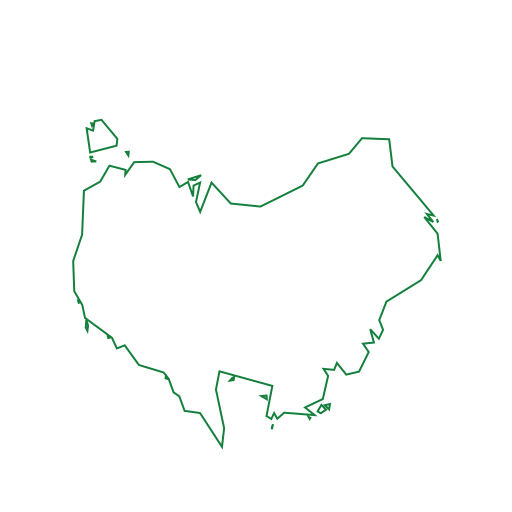 the border of Australia, rotated 164°
{"feature_id": "AUS", "entity_name": "Australia", "entity_type": "country or territory", "adm_level": 0, "iso_a3": "AUS", "parent_name": "Oceania", "parent_adm1": "", "projection": "robinson", "projection_center": [137.073, -32.4], "detail": "medium", "context": "isolated", "style": "outline", "palette": "green", "viewbox_px": 512, "rotation_deg": 164, "n_neighbors": 0, "source": "natural_earth", "source_scale": "50m", "svg_char_len": 1945}
<svg xmlns="http://www.w3.org/2000/svg" viewBox="0 0 512 512"><g transform="rotate(164 256 256)"><path d="M341.3,81.9L353.1,120.5L367.3,126.8L368.4,142.3L372.8,147.6L373.8,162.1L376.9,169.5L398.6,183.5L406.8,206.3L415.2,205.5L417.0,217.1L437.4,243.6L436.5,256.7L440.4,272.3L433.1,301.6L417.3,324.4L403.4,366.2L385.3,370.4L372.0,383.2L357.6,374.7L359.3,370.1L347.2,379.8L329.0,375.0L314.8,363.2L310.6,343.4L300.9,345.9L300.1,330.6L296.6,340.9L289.5,342.0L298.8,324.4L297.5,313.8L278.5,338.8L265.8,313.4L238.1,302.3L191.7,310.8L170.9,327.9L138.5,328.6L121.6,340.0L95.8,331.5L100.1,304.4L74.1,245.9L80.2,249.3L76.2,239.8L83.5,247.1L75.3,227.4L79.8,200.3L81.2,206.7L104.0,187.3L143.2,176.2L155.2,160.4L154.2,150.0L160.7,142.6L166.4,154.1L166.5,140.3L177.3,142.2L174.1,132.6L188.8,116.5L201.9,117.1L207.7,130.9L212.3,125.0L222.2,128.9L219.7,120.9L231.2,100.1L250.6,96.9L243.5,86.9L272.1,97.6L280.4,93.7L281.9,100.0L286.2,95.1L290.0,99.3L276.1,126.6L322.9,155.2L331.3,138.7L334.1,99.3L341.3,81.9ZM359.6,400.5L386.9,401.2L383.6,425.4L378.0,421.5L374.0,430.1L367.0,429.5L357.0,406.8L359.6,400.5ZM231.0,88.9L237.1,87.0L239.6,89.6L234.2,94.8L231.0,88.9ZM293.4,345.7L300.4,348.4L286.5,348.8L293.4,345.7ZM285.1,115.3L289.5,119.9L284.3,119.0L285.1,115.3ZM436.7,241.4L436.6,235.4L438.7,230.5L439.4,234.1L436.7,241.4ZM383.5,390.9L388.0,392.1L388.1,394.1L383.5,390.9ZM228.0,88.5L231.0,93.6L225.7,93.3L228.0,88.5ZM352.2,391.8L349.6,391.3L351.0,387.8L352.2,391.8ZM315.4,143.4L312.9,145.0L310.4,145.8L311.7,142.9L315.4,143.4ZM71.9,238.9L71.9,241.7L71.6,239.0L71.9,238.9ZM387.0,396.0L388.7,397.4L385.3,396.3L387.0,396.0ZM418.7,217.8L420.6,217.8L420.5,220.4L418.7,217.8ZM374.4,161.8L376.6,163.4L376.2,164.3L374.4,161.8ZM377.7,426.6L377.8,429.0L376.1,428.2L377.7,426.6ZM439.3,258.9L439.3,262.2L439.1,262.1L439.3,258.9ZM249.8,86.8L248.4,85.4L249.3,84.6L249.8,86.8ZM288.0,87.0L286.0,89.6L288.4,85.1L288.0,87.0Z" fill="none" stroke="#15803d" stroke-width="2"/></g></svg>